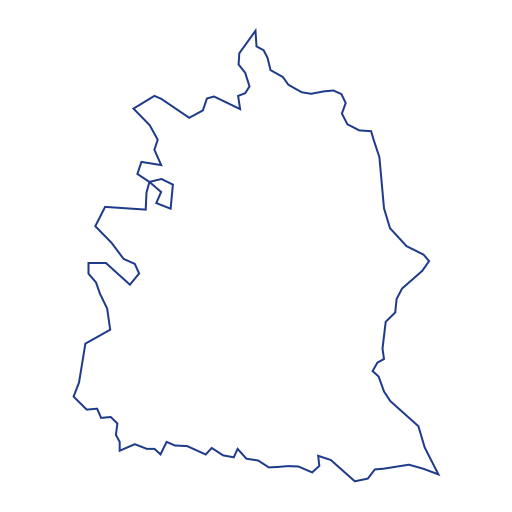 Mormaço, Rio Grande do Sul, Brazil
{"feature_id": "56859067B79985945955157", "entity_name": "Mormaço", "entity_type": "district", "adm_level": 2, "iso_a3": "BRA", "parent_name": "Brazil", "parent_adm1": "Rio Grande do Sul", "projection": "robinson", "projection_center": [-52.668, -28.683], "detail": "fine", "context": "isolated", "style": "outline", "palette": "blue", "viewbox_px": 512, "rotation_deg": 0, "n_neighbors": 0, "source": "geoboundaries", "source_scale": "gbopen_adm2", "svg_char_len": 1583}
<svg xmlns="http://www.w3.org/2000/svg" viewBox="0 0 512 512"><path d="M101.1,417.9L110.7,417.0L117.4,423.5L115.9,434.9L119.7,441.9L119.7,450.7L134.8,444.2L146.9,448.9L154.5,448.9L160.5,454.4L166.6,441.9L174.9,445.5L187.2,446.1L205.7,454.5L211.7,448.0L223.2,455.4L233.8,457.3L237.6,448.9L246.4,458.7L258.2,460.5L268.8,467.4L277.1,467.0L288.2,466.1L298.4,466.5L312.2,472.4L319.3,465.9L318.2,455.8L330.8,460.0L354.8,481.3L367.8,478.6L374.9,469.4L382.9,468.8L408.9,464.7L423.5,468.8L438.4,474.4L424.7,447.5L418.4,426.2L390.3,401.1L384.0,391.5L378.6,376.5L372.6,371.1L377.4,362.6L384.0,359.0L382.5,348.7L385.7,321.8L395.2,312.5L396.6,299.0L402.1,288.5L422.3,270.8L429.1,261.1L423.5,254.6L406.6,246.2L390.0,228.2L384.0,208.3L379.4,157.2L373.9,140.6L371.1,131.2L359.3,130.4L347.4,124.3L341.9,113.6L345.7,103.0L341.4,94.1L333.3,90.5L323.7,91.4L311.1,93.8L301.9,92.3L295.3,88.7L288.2,84.6L283.0,77.1L270.5,70.1L267.6,58.0L263.6,50.2L256.5,46.4L255.5,30.7L239.3,53.3L238.6,64.5L245.2,72.8L249.5,86.4L245.2,93.2L238.1,95.9L240.1,109.1L214.0,96.5L206.9,98.5L202.9,110.4L189.2,117.8L161.2,98.8L154.4,95.9L133.5,108.6L149.7,125.2L157.7,139.7L154.4,149.8L161.2,165.1L141.4,161.9L137.4,174.0L149.4,181.9L146.5,192.6L145.7,209.6L105.1,206.9L95.3,226.2L111.7,243.0L123.6,258.9L134.8,263.9L139.1,273.5L129.9,284.7L105.9,263.0L88.5,263.0L88.5,273.7L96.0,282.4L99.9,293.6L107.1,308.4L110.2,329.7L85.4,343.6L79.0,382.6L73.6,396.6L86.7,409.6L97.1,408.7L101.1,417.9ZM149.4,181.9L161.5,179.0L172.9,184.6L170.6,208.7L156.3,203.1L161.1,192.0L149.4,181.9Z" fill="none" stroke="#1e3a8a" stroke-width="2"/></svg>